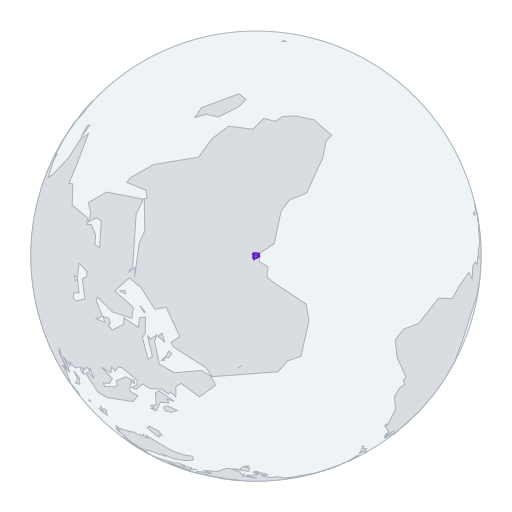 Littoral highlighted on a globe, orthographic projection, rotated 223°
{"feature_id": "CMR-1476", "entity_name": "Littoral", "entity_type": "Province", "adm_level": 1, "iso_a3": "CMR", "parent_name": "Cameroon", "parent_adm1": "", "projection": "orthographic", "projection_center": [10.043, 4.313], "detail": "fine", "context": "on_globe", "style": "filled", "palette": "violet", "viewbox_px": 512, "rotation_deg": 223, "n_neighbors": 0, "source": "natural_earth", "source_scale": "10m", "svg_char_len": 9858}
<svg xmlns="http://www.w3.org/2000/svg" viewBox="0 0 512 512"><g transform="rotate(223 256 256)"><circle cx="256" cy="256" r="225" fill="#eef3f6" stroke="#a8b0b8"/><path d="M184.0,42.5L181.2,43.5L180.6,43.7L184.0,42.5ZM179.2,44.2L178.4,44.5L174.8,45.9L177.3,45.0L169.4,48.1L178.9,44.5L174.1,46.6L168.4,48.9L166.8,49.2L160.8,51.8L179.2,44.2ZM131.0,68.6L127.4,71.3L121.4,75.6L114.9,80.9L119.1,77.9L125.7,72.8L132.0,69.2L139.4,64.1L143.0,62.1L151.4,57.3L152.4,57.7L148.8,60.9L141.8,65.1L140.1,67.0L148.5,63.0L137.4,71.9L133.1,80.1L130.0,82.9L120.5,87.0L115.9,85.9L103.7,94.0L113.8,88.7L105.8,96.9L105.5,98.5L107.2,98.5L111.1,95.5L108.9,98.7L98.0,104.3L99.9,101.5L103.3,99.5L101.0,99.4L93.7,104.5L90.2,108.9L82.7,114.1L80.1,117.6L77.0,121.1L81.6,115.0L73.2,126.4L63.9,138.5L52.2,160.2L57.1,150.2L65.1,136.5L74.0,123.3L83.8,110.8L94.4,99.0L105.9,88.0L118.1,77.8L131.0,68.6ZM33.7,219.3L33.9,218.6L33.6,223.2L35.8,214.3L38.3,210.0L35.8,223.0L39.1,211.6L39.2,218.2L45.6,219.4L44.5,222.2L49.5,239.2L58.8,247.6L61.0,257.7L59.5,263.4L63.6,265.7L63.7,269.7L83.6,278.1L96.7,289.3L98.2,302.9L91.1,317.6L93.6,349.8L83.3,358.7L86.7,371.5L89.1,389.1L82.1,386.5L90.4,396.2L91.6,401.2L88.7,400.8L93.7,407.2L91.8,406.8L96.9,411.5L102.1,419.0L110.1,426.0L115.9,431.9L121.3,436.0L120.5,435.6L121.8,436.8L124.7,438.9L119.6,435.3L106.2,424.2L103.0,421.3L102.0,420.4L101.0,419.5L90.9,409.0L92.6,411.1L77.6,393.2L67.9,378.6L47.1,334.6L43.3,325.4L38.6,313.9L33.8,293.2L31.5,274.3L30.7,255.3L31.5,241.8L33.2,224.0L33.5,221.2L32.7,225.8L33.7,219.3ZM48.4,168.5L48.8,167.7L45.8,179.7L44.3,180.3L45.1,178.4L46.6,173.7L48.2,169.1L48.4,168.5ZM54.7,156.0L54.9,155.0L55.1,155.1L54.7,156.0ZM150.3,57.6L150.8,57.5L149.0,58.4L150.3,57.6ZM153.4,55.8L150.9,56.9L152.1,56.3L153.6,55.6L153.4,55.8ZM156.3,54.5L154.4,55.0L156.4,53.9L163.9,50.5L156.3,54.5ZM195.2,39.1L196.4,38.8L194.4,39.4L189.6,40.7L195.2,39.1ZM189.6,41.7L189.4,41.4L192.8,40.3L189.6,41.7ZM200.4,37.7L202.0,37.3L198.0,38.3L198.6,38.1L199.1,38.0L200.4,37.7ZM208.1,35.9L200.7,37.7L200.4,38.2L197.4,39.1L198.5,38.2L208.1,35.9ZM206.9,36.1L206.4,36.3L206.9,36.1ZM208.7,35.8L210.5,35.4L209.1,35.7L208.7,35.8ZM214.8,34.5L212.4,35.0L210.7,35.3L214.8,34.5ZM213.9,34.7L211.6,35.1L212.3,35.0L213.9,34.7ZM222.6,33.4L214.5,34.9L210.8,35.4L219.1,33.8L222.6,33.4ZM121.1,436.4L125.4,439.4L121.9,436.6L130.2,441.9L131.5,443.3L121.3,436.6L121.1,436.4ZM124.2,436.0L124.3,434.7L126.3,435.9L126.7,437.1L124.2,436.0ZM475.7,206.1L475.1,203.9L478.3,220.2L479.2,225.2L480.3,234.6L479.8,230.7L479.1,226.0L476.7,211.8L471.2,191.4L471.4,195.6L468.9,187.4L461.4,171.4L460.2,177.2L460.0,200.0L464.0,221.4L462.1,231.3L449.8,201.4L442.3,181.5L439.1,183.8L425.3,168.0L405.3,168.8L401.3,163.9L397.8,166.6L387.9,162.2L381.4,154.4L376.0,155.3L393.0,176.1L398.7,175.3L401.9,166.6L405.7,174.3L415.1,180.8L408.8,200.9L377.1,220.7L372.2,204.8L338.7,163.9L338.7,159.3L338.5,158.8L338.0,157.8L336.8,165.5L330.4,157.8L350.3,185.9L354.4,198.5L376.7,221.6L375.1,224.3L381.7,229.0L400.8,221.7L401.3,227.1L393.4,252.8L365.4,289.1L368.1,312.3L364.4,332.4L344.7,346.5L344.2,361.8L333.8,367.6L331.6,376.3L322.0,385.8L306.7,395.0L283.0,395.9L283.3,388.2L274.1,373.3L262.0,336.7L269.8,319.4L268.4,306.2L251.1,277.3L255.0,260.9L250.0,254.2L239.8,256.2L233.7,248.2L227.3,248.2L186.5,255.0L173.1,244.8L154.8,213.4L161.5,200.6L161.0,186.3L205.7,137.9L217.0,140.1L254.3,133.2L259.3,134.7L257.0,145.2L286.6,157.2L293.7,148.1L318.5,154.5L333.7,153.7L335.6,134.1L310.6,134.8L304.3,125.8L322.7,117.2L344.1,117.9L342.4,114.5L327.1,107.1L330.3,101.1L321.6,104.3L326.4,107.6L321.1,110.0L316.4,107.3L317.7,105.0L310.7,103.7L306.2,115.9L310.6,120.6L293.5,123.5L299.1,131.8L295.1,136.0L284.0,123.6L283.7,119.0L264.5,106.9L263.2,111.8L281.3,123.9L276.4,123.1L274.7,131.0L272.1,124.4L252.8,111.0L236.1,114.9L217.8,135.1L207.5,137.3L197.5,134.0L201.2,114.4L223.9,111.8L225.5,105.9L218.4,98.1L225.9,98.3L225.8,95.2L234.1,94.3L243.4,86.5L251.5,85.4L252.8,76.6L257.1,75.1L255.1,80.5L258.1,84.2L277.9,83.0L281.0,81.0L280.3,75.7L285.8,76.5L282.5,71.5L292.8,69.4L277.5,68.2L276.2,63.0L281.1,59.1L277.9,57.5L270.0,64.0L269.3,66.9L273.1,69.6L268.8,78.9L262.5,80.8L256.6,71.1L247.0,73.1L246.7,65.6L268.3,50.9L278.6,48.6L300.5,54.1L299.5,56.8L291.1,56.0L301.0,61.0L299.2,58.5L303.8,59.5L303.7,55.8L307.0,56.4L301.3,52.1L305.3,52.4L308.8,55.1L312.1,50.9L319.8,51.3L318.9,50.2L315.9,48.8L327.6,50.9L326.5,50.0L322.2,48.9L317.2,46.6L312.9,43.6L317.2,44.5L319.3,45.6L330.3,49.9L335.3,53.5L336.6,53.7L333.3,50.8L319.9,45.5L316.1,43.5L322.6,45.6L320.0,44.7L319.4,44.0L322.9,44.3L315.8,42.0L303.9,36.2L309.4,37.2L316.6,39.1L315.4,38.7L330.9,43.5L346.0,49.5L360.6,56.5L374.7,64.5L388.2,73.6L400.9,83.5L413.0,94.4L424.2,106.1L434.6,118.6L444.0,131.8L452.4,145.7L459.9,160.1L466.2,175.0L471.5,190.4L475.7,206.1ZM192.7,161.7L192.0,165.9L192.7,161.7ZM368.7,129.4L380.4,129.9L371.9,118.4L375.7,117.9L371.4,114.4L371.2,117.6L360.3,108.4L364.1,105.2L361.1,100.6L357.0,100.3L351.7,107.9L367.3,120.7L366.0,125.5L368.7,129.4ZM45.8,219.3L46.3,222.0L45.1,221.8L45.8,219.3ZM42.4,185.4L42.5,185.9L42.1,188.1L41.6,188.5L42.4,185.4ZM47.7,188.2L48.7,189.7L47.0,190.3L47.7,188.2ZM45.7,181.4L46.9,187.5L43.7,190.5L43.1,186.8L44.5,186.2L45.7,181.4ZM51.2,163.0L50.9,164.1L49.9,166.3L51.2,163.0ZM54.8,156.2L54.7,156.4L55.5,154.4L54.8,156.2ZM106.5,96.5L107.3,96.2L108.3,96.8L106.3,98.0L106.5,96.5ZM122.1,92.7L118.1,97.9L119.5,94.7L116.0,96.8L114.6,93.3L128.3,84.2L122.3,88.7L122.1,92.7ZM116.5,87.0L115.9,89.6L116.0,87.1L116.5,87.0ZM217.0,80.9L220.6,82.4L218.6,86.0L208.3,89.3L211.2,83.9L217.0,80.9ZM226.2,84.0L223.3,74.6L229.5,72.8L226.5,75.2L231.0,75.0L227.3,79.1L236.2,87.4L234.9,91.2L216.7,94.0L223.3,90.6L219.4,89.1L226.2,84.0ZM204.7,59.6L203.5,57.2L218.6,56.2L218.0,58.7L207.7,61.6L202.4,60.4L204.7,59.6ZM169.9,49.1L168.5,49.4L170.2,48.6L172.9,47.7L169.9,49.1ZM189.2,41.6L178.0,47.4L175.8,47.9L171.9,51.5L164.5,54.4L167.3,51.8L158.7,57.1L158.2,56.0L153.1,59.7L160.0,53.6L159.3,53.3L162.9,52.4L169.7,49.6L172.4,48.3L179.6,44.8L181.3,43.5L188.4,41.2L192.9,39.9L193.5,39.8L188.7,41.2L193.0,40.1L186.6,42.2L189.2,41.6ZM241.4,35.0L235.6,35.1L243.1,36.3L236.7,37.2L238.0,37.3L234.2,38.5L231.8,40.5L228.6,40.8L229.0,41.5L226.5,42.6L226.1,43.7L220.2,44.9L219.1,46.5L216.9,46.2L216.7,48.8L214.3,47.4L210.8,49.2L215.0,49.6L184.5,56.2L173.6,61.1L165.8,66.3L162.7,64.1L167.9,58.3L177.5,51.8L188.4,47.8L185.0,48.0L189.3,46.2L190.2,46.8L191.3,45.0L195.0,43.8L203.5,40.0L202.8,38.8L205.9,37.7L208.1,37.6L209.6,36.6L215.8,36.0L218.2,35.3L226.6,34.3L229.4,35.2L231.8,34.4L238.3,34.1L241.4,35.0ZM224.9,33.1L229.7,33.2L228.5,33.9L214.3,35.4L211.3,36.1L202.2,37.8L204.0,36.9L206.5,36.4L209.3,35.8L207.6,36.3L211.0,35.5L214.5,35.0L218.1,34.3L218.7,34.4L224.9,33.1ZM263.8,130.6L267.4,130.9L272.9,130.2L271.9,135.5L263.8,130.6ZM250.4,121.6L253.5,120.7L254.9,127.2L251.1,127.2L250.4,121.6ZM254.1,115.2L253.6,120.2L251.6,117.5L254.1,115.2ZM257.9,79.8L261.1,79.0L261.9,80.2L260.6,82.2L257.9,79.8ZM262.3,41.1L259.2,40.5L259.9,40.1L256.3,38.1L260.7,37.6L264.6,38.7L262.3,41.1ZM332.0,137.5L328.3,141.4L325.7,139.7L327.5,138.6L332.0,137.5ZM299.2,138.3L307.2,140.5L298.8,139.7L299.2,138.3ZM266.6,40.3L264.6,39.4L268.0,39.8L266.6,40.3ZM263.8,37.3L267.6,37.5L260.8,37.4L263.8,37.3ZM383.5,430.4L382.5,432.8L380.3,433.2L383.5,430.4ZM397.0,327.4L379.1,363.0L370.2,363.6L370.4,353.5L378.2,332.2L389.2,325.6L395.1,315.7L397.0,327.4ZM481.3,259.4L479.5,235.9L480.1,236.2L481.0,244.2L481.3,259.4ZM464.7,223.4L468.4,236.0L467.0,238.3L464.7,223.4ZM301.5,39.9L301.6,42.8L304.6,45.5L310.8,47.7L302.0,46.3L297.4,42.0L301.5,39.9ZM303.1,36.4L297.6,35.1L299.9,35.4L301.5,35.7L303.1,36.4ZM299.9,35.8L293.3,35.0L290.2,34.2L296.0,34.9L299.9,35.8ZM280.1,36.4L279.8,37.1L277.0,36.7L280.1,36.4Z" fill="#d9dde1" stroke="#a8b0b8" stroke-width="1"/><path d="M255.6,260.1L255.4,260.1L255.3,259.8L255.0,259.4L254.8,259.3L254.4,259.0L254.5,259.0L254.9,258.7L255.0,258.7L254.9,258.7L254.8,258.8L254.7,258.8L254.4,258.8L254.4,258.7L254.3,258.4L254.1,258.1L254.0,257.9L254.1,258.0L254.3,258.2L254.5,258.2L254.3,258.2L254.2,258.0L254.2,257.9L254.3,257.8L254.3,257.7L254.5,257.9L254.8,257.9L254.7,257.7L254.8,257.5L254.9,257.4L254.5,257.5L254.4,257.5L254.3,257.4L254.4,257.2L254.5,257.2L254.7,256.8L254.8,256.8L254.9,256.7L254.7,256.8L254.4,257.0L254.2,257.2L253.9,257.0L253.9,256.9L254.0,256.8L254.0,256.7L254.1,256.4L253.7,256.3L253.6,256.2L253.9,255.6L254.0,255.5L253.9,255.4L253.9,255.2L254.0,255.0L254.1,254.8L254.1,254.7L254.3,254.7L254.5,254.4L254.7,254.2L254.8,253.9L255.0,253.7L254.9,253.5L254.9,253.4L255.0,253.3L255.0,253.2L255.3,253.0L255.2,253.0L255.2,252.8L255.1,252.7L254.9,252.4L254.9,252.2L255.0,252.1L255.2,251.9L255.3,251.9L255.3,252.2L255.4,252.3L255.5,252.2L255.7,252.3L255.8,252.3L255.8,252.5L255.8,252.8L255.9,253.0L256.1,253.1L256.1,253.3L256.3,253.5L256.5,253.4L256.7,253.2L256.8,253.2L257.0,253.0L257.3,252.9L257.3,253.0L257.5,253.3L257.5,253.5L257.8,253.7L257.7,253.8L257.5,254.0L257.4,254.1L257.3,254.4L257.3,254.5L257.5,254.4L257.8,254.3L257.8,254.5L257.7,254.6L257.6,254.8L257.4,255.1L257.4,255.3L257.5,255.3L257.8,255.4L257.9,255.5L258.0,255.5L258.3,255.5L258.4,255.3L258.5,255.3L258.5,255.2L258.7,255.3L258.9,255.2L259.0,254.9L259.3,254.8L259.5,254.8L259.4,255.3L259.6,255.6L259.8,255.9L260.2,256.3L260.1,256.5L259.9,256.6L259.7,256.6L259.4,256.8L259.2,256.8L258.9,256.9L258.7,256.9L258.7,257.0L258.5,257.3L258.4,257.4L258.4,257.5L258.4,257.9L258.4,258.0L258.2,258.2L257.8,258.0L257.7,257.9L257.4,258.0L257.3,258.4L257.2,258.6L257.1,258.8L257.0,259.0L256.9,259.0L256.8,258.9L256.7,258.9L256.4,258.9L256.3,259.0L256.2,259.1L256.1,259.3L256.1,259.5L255.9,259.8L255.7,259.9L255.7,260.0L255.6,260.1ZM253.7,256.9L253.7,257.0L253.8,257.0L254.0,257.2L254.0,257.3L253.9,257.3L253.7,257.2L253.7,257.3L253.7,257.5L253.8,257.6L253.7,257.6L253.3,257.6L253.2,257.5L253.3,257.4L253.5,257.4L253.5,257.2L253.7,256.9L253.7,256.9Z" fill="#8b5cf6" stroke="#5b21b6" stroke-width="1.5"/></g></svg>